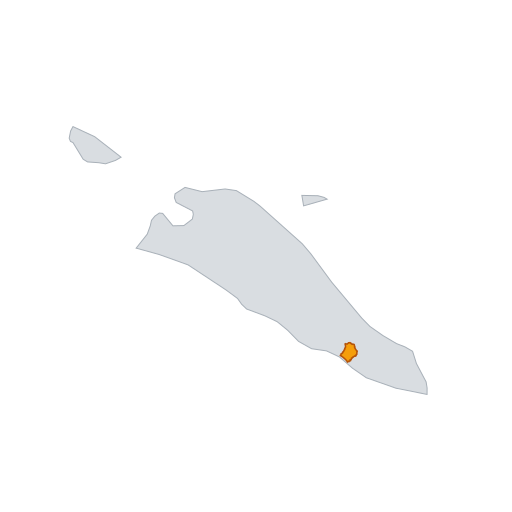 Uatucarbau, Viqueque, East Timor (highlighted), rotated 53°
{"feature_id": "22284137B52677210689185", "entity_name": "Uatucarbau", "entity_type": "district", "adm_level": 2, "iso_a3": "TLS", "parent_name": "East Timor", "parent_adm1": "Viqueque", "projection": "mercator", "projection_center": [126.683, -8.704], "detail": "fine", "context": "in_parent", "style": "filled", "palette": "amber", "viewbox_px": 512, "rotation_deg": 53, "n_neighbors": 0, "source": "geoboundaries", "source_scale": "gbopen_adm2", "svg_char_len": 3905}
<svg xmlns="http://www.w3.org/2000/svg" viewBox="0 0 512 512"><g transform="rotate(53 256 256)"><path d="M177.6,347.0L173.1,329.7L168.3,322.3L164.6,318.0L163.3,312.8L163.5,307.4L165.8,304.9L181.9,304.2L188.3,295.3L188.2,284.6L185.0,281.0L181.9,279.5L165.2,287.5L160.4,286.1L157.6,283.2L158.5,271.4L172.2,260.3L183.9,240.3L192.0,232.3L211.1,224.8L218.7,222.7L274.1,211.7L287.3,210.9L322.4,211.3L369.3,208.9L380.9,207.4L396.0,202.5L410.5,196.5L418.3,191.7L426.3,188.3L438.4,192.6L458.9,195.9L464.4,198.8L469.5,202.7L445.8,223.8L419.6,241.2L403.6,246.5L386.9,250.1L374.2,256.8L363.5,267.4L349.8,273.4L334.4,275.4L321.3,278.6L309.3,284.8L292.7,295.4L285.9,296.5L278.8,296.3L265.0,300.4L222.2,315.6L196.3,332.6L177.6,347.0ZM42.5,324.3L63.7,313.0L95.9,304.3L95.1,310.7L91.8,320.7L86.9,325.4L79.5,333.9L74.7,335.8L55.3,333.9L52.8,335.2L49.5,334.3L44.6,328.8L42.5,324.3ZM253.4,165.0L244.6,187.8L235.2,182.9L245.2,170.2L250.1,166.4L253.4,165.0Z" fill="#d9dde1" stroke="#a8b0b8" stroke-width="1"/><path d="M379.9,237.8L380.0,237.8L380.4,238.0L380.5,238.1L380.8,238.2L380.9,238.3L381.1,238.4L381.4,238.5L381.9,238.7L382.2,239.0L382.3,239.1L382.8,239.5L383.0,239.8L382.9,239.9L383.0,240.0L383.1,240.3L383.1,240.5L383.2,240.8L383.3,240.9L383.4,241.0L383.5,241.1L383.8,241.2L384.0,241.3L384.1,241.5L384.1,241.9L384.1,242.0L384.1,242.3L384.2,242.5L384.3,242.6L384.6,242.8L384.8,243.3L384.8,243.5L385.1,243.9L385.1,244.0L384.9,244.2L384.9,244.3L384.9,244.6L385.0,244.7L385.1,244.8L385.3,245.0L385.4,245.3L385.5,245.3L385.5,245.5L385.7,245.8L385.6,246.0L385.4,246.2L385.4,246.5L385.4,246.8L385.4,247.0L385.5,247.0L385.7,247.3L385.8,247.4L385.9,247.5L386.0,247.6L386.1,247.8L386.1,248.0L386.1,248.4L386.2,248.5L386.8,248.3L387.2,248.2L387.3,248.1L387.6,248.0L387.6,247.9L387.8,247.9L388.0,247.8L388.5,247.7L389.1,247.5L389.3,247.4L389.5,247.4L390.1,247.3L390.5,247.2L391.0,247.0L391.5,247.0L392.4,246.8L392.9,246.7L393.0,246.7L393.5,246.7L393.8,246.7L394.5,246.7L394.8,246.6L395.1,246.7L395.3,246.7L395.4,246.8L395.5,246.8L395.6,246.7L395.8,246.7L395.8,246.1L395.9,245.8L396.0,245.7L396.2,245.4L395.9,245.2L395.9,244.9L395.9,244.7L396.0,244.6L396.3,244.4L396.4,244.2L396.3,243.8L396.3,243.6L396.4,243.4L396.2,243.2L395.9,243.3L395.7,243.3L395.5,243.2L395.7,242.9L395.8,242.7L396.0,242.3L395.9,242.0L395.8,241.9L395.7,241.9L395.6,241.7L395.4,241.6L395.3,241.4L395.2,241.3L395.1,241.2L395.3,240.9L395.4,240.6L395.2,240.4L395.1,240.2L395.2,239.9L395.3,239.8L395.3,239.7L395.2,239.5L395.1,239.4L395.0,239.2L395.3,238.9L395.2,238.5L395.2,238.2L395.2,237.9L395.3,237.7L395.5,237.4L395.6,237.2L395.7,236.9L395.9,236.7L395.9,236.4L395.7,236.2L395.7,235.9L395.5,235.7L395.4,235.7L395.3,235.8L395.3,235.7L395.2,235.3L395.1,235.2L395.1,234.9L395.2,234.7L395.0,234.4L394.9,234.3L394.6,234.2L394.4,234.1L394.2,234.0L394.1,233.8L393.8,233.5L393.5,233.3L393.5,233.2L393.3,233.0L393.3,232.9L393.2,232.8L393.1,232.7L392.9,232.4L392.7,232.4L392.3,232.6L392.2,232.7L391.6,232.6L391.0,232.6L390.9,232.6L390.7,232.6L390.3,232.5L390.2,232.5L389.8,232.5L389.6,232.6L389.4,232.6L389.2,232.3L388.8,232.2L388.6,232.1L388.4,232.2L388.2,232.2L388.0,231.8L387.9,231.7L387.8,231.8L387.6,231.8L387.4,231.7L387.2,231.5L387.0,231.4L386.9,231.3L386.7,231.3L386.6,231.2L386.4,231.1L386.2,231.0L386.0,230.9L385.9,230.9L385.7,230.9L385.5,231.0L385.4,231.0L385.2,231.1L385.1,231.3L384.9,231.6L384.7,231.8L384.5,232.0L384.5,232.3L384.4,232.4L384.3,232.5L384.2,232.5L383.9,232.5L383.8,232.4L383.7,232.5L383.4,232.7L383.2,232.7L382.9,232.8L382.7,232.9L382.4,232.9L382.4,233.0L382.2,233.0L382.2,232.9L382.0,233.0L381.9,233.0L381.7,233.1L381.7,233.3L381.6,233.5L381.4,233.8L381.3,234.0L381.2,234.0L381.0,234.3L381.0,234.5L381.1,234.8L381.1,235.0L381.1,235.3L381.1,235.6L381.1,235.8L381.2,236.0L380.9,236.4L380.7,236.5L380.7,236.8L380.6,237.0L380.4,237.3L380.0,237.4L379.9,237.4L379.9,237.5L379.9,237.8Z" fill="#f59e0b" stroke="#b45309" stroke-width="1.5"/></g></svg>